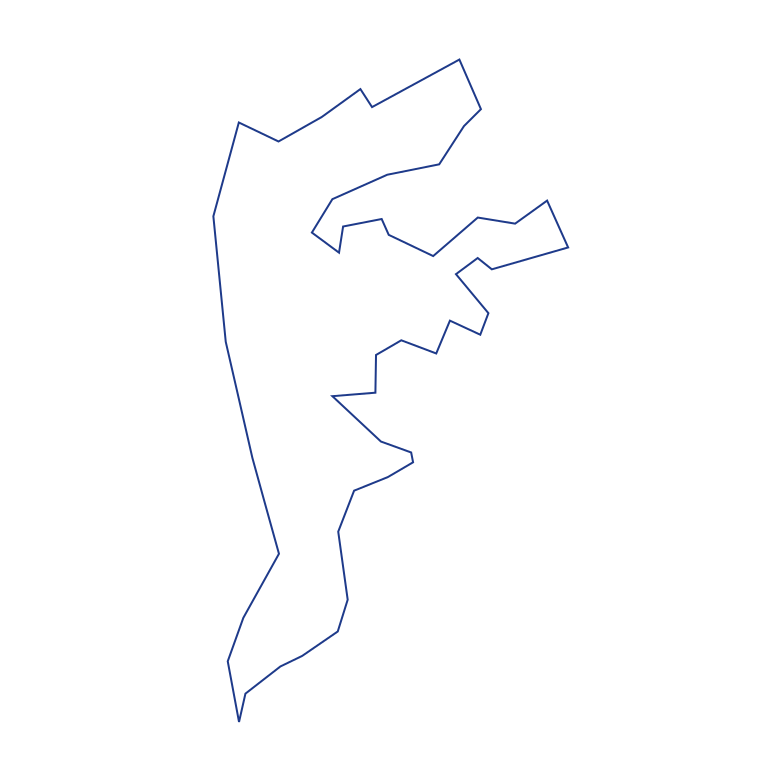 Southern, Natural Earth projection, rotated 259°
{"feature_id": "HKG-5156", "entity_name": "Southern", "entity_type": "state/province", "adm_level": 1, "iso_a3": "HKG", "parent_name": "Hong Kong S.A.R.", "parent_adm1": "", "projection": "natural_earth1", "projection_center": [114.195, 22.231], "detail": "fine", "context": "isolated", "style": "outline", "palette": "blue", "viewbox_px": 768, "rotation_deg": 259, "n_neighbors": 0, "source": "natural_earth", "source_scale": "10m", "svg_char_len": 801}
<svg xmlns="http://www.w3.org/2000/svg" viewBox="0 0 768 768"><g transform="rotate(259 384 384)"><path d="M668.4,291.4L642.2,326.7L658.0,373.9L678.0,417.1L658.1,425.1L688.1,519.9L635.3,531.6L621.9,511.7L589.1,480.1L588.8,427.1L575.3,368.6L546.4,342.1L521.5,364.9L546.4,373.9L546.4,413.2L529.5,417.1L500.2,456.7L529.5,507.8L516.4,543.3L532.9,579.1L482.9,590.8L476.0,511.7L489.8,500.0L478.1,475.6L433.6,500.0L414.0,487.9L433.6,460.8L404.0,441.1L423.6,409.3L414.0,381.7L377.1,373.9L381.9,331.0L328.1,370.0L311.6,397.6L301.6,397.6L291.9,370.0L285.0,334.3L247.8,310.9L179.2,307.2L149.9,291.4L132.7,251.8L126.5,228.4L106.5,188.9L79.9,177.2L141.6,177.7L181.3,201.3L237.4,248.5L291.4,244.2L336.6,240.7L402.8,238.5L455.6,236.7L581.2,248.5L668.4,291.4Z" fill="none" stroke="#1e3a8a" stroke-width="2"/></g></svg>